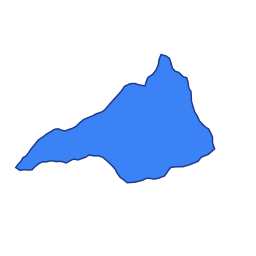 Marapoama, São Paulo, Brazil, rotated 23°
{"feature_id": "56859067B26576714107152", "entity_name": "Marapoama", "entity_type": "district", "adm_level": 2, "iso_a3": "BRA", "parent_name": "Brazil", "parent_adm1": "São Paulo", "projection": "robinson", "projection_center": [-49.151, -21.255], "detail": "fine", "context": "isolated", "style": "filled", "palette": "blue", "viewbox_px": 256, "rotation_deg": 23, "n_neighbors": 0, "source": "geoboundaries", "source_scale": "gbopen_adm2", "svg_char_len": 1472}
<svg xmlns="http://www.w3.org/2000/svg" viewBox="0 0 256 256"><g transform="rotate(23 128 128)"><path d="M183.0,87.1L179.5,82.9L176.2,78.9L174.0,74.6L171.6,69.6L168.6,67.8L165.0,61.9L162.4,58.8L158.9,59.3L153.2,57.0L149.2,57.3L145.4,55.5L142.2,51.4L139.0,47.7L134.8,46.8L129.7,47.5L129.8,52.8L131.1,57.4L131.3,63.5L129.6,69.2L126.5,73.9L126.7,78.7L127.2,82.6L123.9,83.4L120.5,84.1L117.0,84.3L112.7,86.4L108.6,90.9L107.3,97.1L105.5,102.4L103.8,107.2L101.9,112.7L100.6,117.2L99.2,121.1L97.4,123.7L93.1,127.5L90.6,130.8L87.2,134.1L83.9,137.5L81.4,142.3L79.8,146.4L77.1,149.9L74.1,152.5L71.1,155.4L67.4,156.0L64.1,156.0L60.8,158.0L58.5,161.3L55.6,165.1L53.5,168.9L50.2,174.0L48.9,178.5L46.8,185.7L46.3,189.2L45.0,193.7L43.0,196.2L42.4,200.5L40.9,204.8L40.1,208.3L45.2,209.2L48.1,207.2L52.8,205.5L56.0,204.0L57.5,199.8L59.3,196.5L61.9,193.0L65.8,191.2L70.0,188.2L75.5,186.8L78.3,185.3L81.2,184.6L84.7,184.4L86.8,181.7L89.8,178.0L94.5,176.9L96.8,174.7L100.0,171.9L103.0,167.9L107.3,167.0L112.1,165.0L116.5,164.9L121.4,166.4L127.1,168.5L132.5,171.0L135.3,173.6L140.2,176.5L144.0,177.3L148.6,178.7L151.7,177.1L156.0,174.9L161.8,170.4L165.0,166.8L169.2,165.4L172.0,164.8L175.6,162.4L180.4,157.8L181.7,151.4L182.7,147.6L187.2,145.0L193.6,142.2L199.3,137.5L205.6,131.2L206.6,126.8L208.9,124.1L212.1,121.1L215.9,113.4L211.8,109.0L209.3,103.4L206.2,100.4L202.6,97.4L199.0,96.9L195.6,95.6L191.0,93.6L187.7,90.4L183.0,87.1Z" fill="#3b82f6" stroke="#1e3a8a" stroke-width="1.5"/></g></svg>